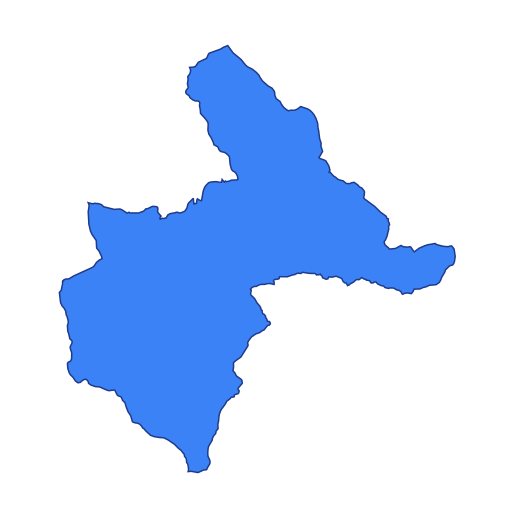 San Gil, Santander, Colombia (Mercator projection), rotated 86°
{"feature_id": "7082276B87231818219004", "entity_name": "San Gil", "entity_type": "district", "adm_level": 2, "iso_a3": "COL", "parent_name": "Colombia", "parent_adm1": "Santander", "projection": "mercator", "projection_center": [-73.117, 6.565], "detail": "fine", "context": "isolated", "style": "filled", "palette": "blue", "viewbox_px": 512, "rotation_deg": 86, "n_neighbors": 0, "source": "geoboundaries", "source_scale": "gbopen_adm2", "svg_char_len": 6087}
<svg xmlns="http://www.w3.org/2000/svg" viewBox="0 0 512 512"><g transform="rotate(86 256 256)"><path d="M44.1,269.5L45.5,273.9L47.2,277.1L50.4,288.5L51.5,289.5L54.5,291.0L55.5,291.8L58.7,300.0L62.5,303.0L63.2,304.8L63.2,309.1L65.3,308.4L67.1,308.4L69.5,309.2L72.2,311.5L75.5,311.5L79.4,312.4L83.3,311.8L85.8,314.0L86.9,314.6L88.3,314.6L89.2,314.2L91.6,311.5L93.5,310.8L95.8,308.2L97.0,306.0L97.4,302.8L98.5,301.6L99.5,301.4L102.0,301.9L106.1,301.4L109.9,301.4L115.9,296.7L119.1,294.8L121.1,294.5L127.2,295.2L131.2,294.5L135.0,292.4L139.6,290.7L142.1,290.2L144.5,286.4L147.1,285.6L148.6,284.7L149.4,283.6L150.4,280.3L151.6,278.6L153.9,276.4L155.4,275.6L162.8,275.4L167.9,274.4L169.7,273.0L170.4,271.7L172.1,270.2L175.1,268.9L178.3,268.7L178.8,269.9L178.6,275.2L179.5,277.8L179.8,280.4L179.1,281.3L180.1,282.4L177.3,284.5L180.0,285.2L179.8,287.6L179.0,290.7L179.0,295.4L179.6,298.2L182.5,301.4L184.6,302.8L187.5,304.1L197.0,306.5L196.6,308.1L194.9,310.5L195.8,311.0L199.2,311.7L199.6,312.2L199.3,313.6L199.7,314.0L199.6,314.4L194.5,314.5L194.4,314.9L198.6,319.7L200.0,320.5L203.2,321.5L205.9,323.5L206.6,324.6L207.8,328.2L207.6,329.8L206.9,331.2L206.8,332.6L207.2,333.5L207.7,338.5L208.8,341.0L211.9,343.1L211.8,344.0L212.2,345.2L211.8,347.1L212.6,348.8L212.4,349.2L211.6,349.2L210.5,348.8L209.6,347.9L205.9,350.7L204.4,351.0L202.2,350.6L200.9,350.7L199.9,351.5L199.3,354.9L199.4,356.2L201.2,360.8L201.3,362.6L203.4,364.9L204.9,370.1L204.3,378.6L203.5,379.6L204.3,381.5L200.9,386.0L199.6,388.4L199.6,394.1L196.3,404.4L193.9,406.7L192.8,409.4L192.1,413.6L192.5,414.4L192.5,415.7L191.1,419.7L193.4,419.0L194.9,419.1L200.1,420.3L212.6,420.5L219.5,419.4L223.0,418.1L229.4,414.3L237.0,414.4L240.2,412.2L245.7,410.1L248.0,409.8L249.1,412.6L251.4,415.7L254.1,417.7L255.4,419.0L256.2,420.6L263.2,439.3L265.7,444.1L265.8,447.9L266.5,449.5L267.3,449.7L267.3,450.5L267.8,450.7L270.2,450.9L276.7,452.7L278.6,454.7L288.9,454.2L292.3,452.9L294.8,451.0L297.5,449.8L302.0,449.3L303.1,448.7L307.3,447.9L309.9,448.0L312.2,449.0L318.1,449.0L320.1,448.3L325.6,447.5L327.8,445.5L328.4,445.4L330.4,445.8L333.4,447.6L334.8,447.8L339.8,446.6L345.6,447.1L347.8,448.2L348.9,450.8L350.1,451.6L354.9,451.6L359.4,450.5L361.6,449.4L364.0,447.2L368.3,444.7L370.1,442.4L369.8,440.1L367.9,437.5L367.0,435.4L367.4,433.7L369.4,432.2L371.3,431.9L373.0,430.0L375.0,425.7L375.7,421.1L378.9,415.1L380.1,412.2L379.8,407.3L380.1,406.1L384.8,404.3L385.9,403.2L386.4,401.8L387.5,400.2L390.8,399.1L393.1,397.0L398.3,395.8L402.4,394.5L406.7,392.1L412.1,391.0L413.1,390.4L414.1,388.0L414.4,386.2L415.4,384.1L416.9,382.6L419.9,380.8L420.5,379.8L422.9,378.1L427.5,373.7L429.1,370.1L430.3,365.1L430.8,361.3L431.2,360.2L433.3,356.6L438.1,350.5L442.3,346.9L444.6,344.4L448.9,341.4L450.8,341.3L453.2,339.7L457.1,339.6L459.0,338.5L463.0,338.2L465.2,338.3L466.3,338.8L466.3,335.5L467.8,329.7L467.9,328.6L465.8,323.1L465.9,320.9L465.5,320.0L464.1,319.4L460.2,316.7L459.1,316.3L456.7,316.3L452.4,317.9L449.4,317.9L445.0,317.3L442.6,316.6L436.6,312.5L435.0,312.2L432.5,310.9L430.3,308.6L427.8,308.0L425.7,305.9L421.1,305.8L418.3,304.9L413.3,304.1L411.0,303.5L407.1,301.7L401.6,297.0L398.7,295.2L397.1,292.5L395.2,290.5L395.1,288.2L394.8,287.5L393.4,287.4L392.8,286.7L392.1,283.5L391.5,282.9L390.0,282.3L389.0,282.3L388.0,283.2L386.6,283.0L382.1,278.6L379.2,278.7L378.2,279.2L374.3,283.9L370.8,285.4L368.9,287.0L365.2,286.1L360.9,285.9L359.2,283.8L355.7,278.1L345.5,270.6L344.2,270.1L342.5,270.4L340.8,269.9L336.4,266.2L333.7,261.6L332.7,257.7L331.3,255.7L330.2,253.0L326.2,249.4L325.8,247.4L324.6,246.4L323.0,246.7L322.3,247.3L321.9,249.2L320.2,249.5L317.5,250.8L316.5,250.7L314.7,252.0L314.2,253.2L313.0,253.6L310.6,253.8L310.0,254.8L308.6,254.7L305.9,255.9L303.1,258.1L298.3,260.4L294.6,263.7L293.6,264.1L289.7,263.1L288.6,263.9L287.1,262.1L286.2,259.7L286.4,258.0L284.9,254.5L284.7,252.8L284.9,249.3L284.4,246.8L284.4,244.1L285.6,239.9L283.4,239.7L282.0,240.3L281.3,239.8L280.8,239.2L280.5,235.1L280.0,234.4L278.9,234.3L278.3,233.8L278.9,226.2L277.5,221.2L277.3,219.0L276.0,215.7L276.6,212.5L275.5,210.7L277.1,203.8L277.5,198.6L277.8,197.9L279.1,197.0L279.1,194.4L278.6,193.2L279.5,192.7L280.2,191.7L282.3,191.1L284.1,187.7L283.8,185.9L282.0,185.0L282.4,181.4L281.8,178.0L282.1,176.6L284.4,172.1L287.6,170.8L288.9,169.5L289.4,167.7L291.9,166.8L291.3,164.9L290.5,164.2L288.9,160.6L286.5,157.5L286.8,154.8L284.9,152.0L286.4,150.0L287.0,148.3L287.7,147.7L288.6,144.3L290.6,143.4L291.0,142.7L291.1,141.3L290.2,139.5L290.2,138.3L292.5,136.4L294.5,132.7L294.7,131.0L296.5,129.5L297.6,126.1L297.2,124.6L297.5,121.5L297.9,120.4L299.2,118.7L300.0,116.9L300.0,116.1L301.6,114.0L304.0,112.9L304.4,112.3L303.6,110.3L303.4,107.3L304.4,103.7L302.4,101.8L300.1,100.7L300.3,94.8L299.1,91.5L298.6,88.5L297.3,85.0L297.2,78.4L295.2,75.0L293.0,73.5L290.1,72.2L285.1,68.7L283.1,68.0L279.3,63.5L278.7,60.5L277.5,59.4L275.3,58.4L270.3,57.3L262.9,57.9L260.1,59.7L259.5,60.6L260.1,63.9L259.4,68.5L257.3,74.9L256.0,76.4L256.8,83.9L257.5,86.8L259.6,92.7L262.9,97.8L262.3,98.4L257.8,101.0L257.5,101.7L257.7,104.5L257.1,107.9L256.8,108.9L255.6,110.6L258.2,116.3L258.4,122.5L257.1,123.3L253.7,126.7L250.8,127.2L248.6,125.5L245.8,124.1L238.5,121.7L235.6,121.7L234.2,120.6L232.5,120.8L230.3,121.7L228.2,121.4L227.7,122.7L225.4,123.4L221.0,128.7L214.9,134.1L206.5,143.9L205.1,144.5L202.5,143.7L199.7,143.3L198.2,143.8L195.7,145.6L194.1,148.2L192.5,149.2L189.4,152.9L189.5,155.1L190.4,157.7L189.9,161.0L187.1,163.8L186.1,167.0L185.1,169.1L183.0,171.1L181.8,172.9L177.5,176.3L177.7,177.1L177.4,177.3L175.8,176.3L173.3,176.6L171.2,177.1L166.1,179.6L164.8,181.6L163.3,185.3L162.3,186.3L156.4,182.3L151.1,183.5L147.8,183.2L143.6,184.3L135.2,184.8L132.5,185.2L127.7,185.3L122.9,186.6L119.3,188.2L116.9,189.8L114.7,191.7L113.0,194.0L110.0,201.0L112.2,204.2L113.3,207.4L113.0,211.2L113.4,213.7L111.5,216.1L109.7,218.0L106.1,220.2L103.6,221.2L100.5,224.8L97.1,226.0L94.4,226.0L92.9,226.3L89.8,228.2L87.1,232.2L82.0,237.2L78.0,239.6L75.9,240.4L73.0,242.7L69.4,246.6L66.6,251.3L64.8,253.1L58.9,257.2L51.8,264.7L44.1,269.5Z" fill="#3b82f6" stroke="#1e3a8a" stroke-width="1.5"/></g></svg>